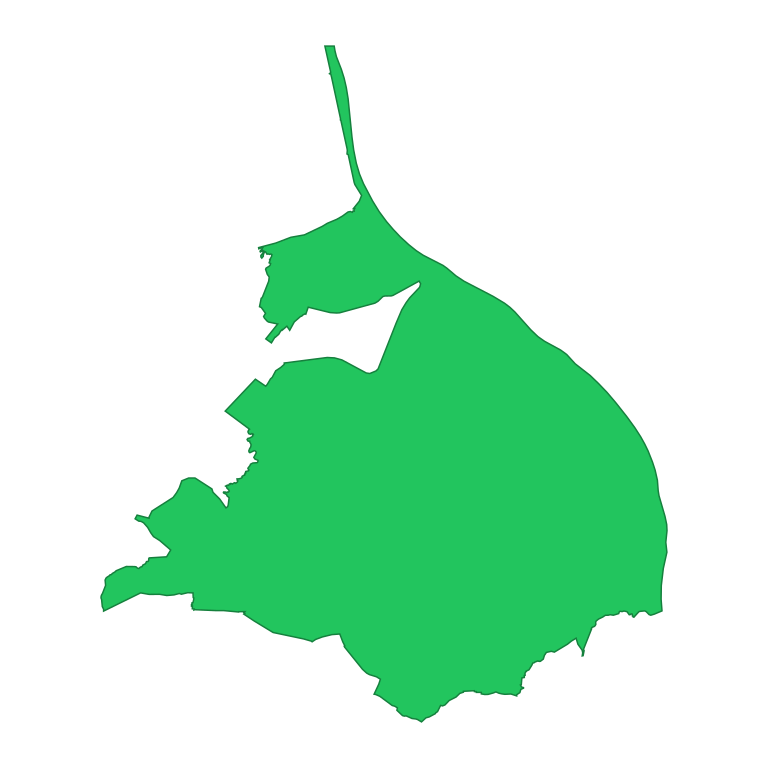 Distrito Especial, Industrial Y Portuario De Barr*, Atlántico, Colombia
{"feature_id": "7082276B33268622823443", "entity_name": "Distrito Especial, Industrial Y Portuario De Barr*", "entity_type": "district", "adm_level": 2, "iso_a3": "COL", "parent_name": "Colombia", "parent_adm1": "Atlántico", "projection": "albers", "projection_center": [-74.833, 11.01], "detail": "fine", "context": "isolated", "style": "filled", "palette": "green", "viewbox_px": 768, "rotation_deg": 0, "n_neighbors": 0, "source": "geoboundaries", "source_scale": "gbopen_adm2", "svg_char_len": 6118}
<svg xmlns="http://www.w3.org/2000/svg" viewBox="0 0 768 768"><path d="M662.0,610.9L661.1,599.1L661.3,585.6L663.3,568.5L666.9,552.2L665.8,542.3L667.0,530.7L666.7,524.5L665.0,516.4L659.0,495.7L658.2,490.8L657.4,480.2L655.1,470.1L652.5,462.1L648.1,451.0L644.7,444.0L640.7,436.8L634.9,427.8L626.7,416.5L615.6,402.5L607.1,392.5L598.6,383.6L590.2,375.5L575.2,363.8L566.7,354.5L560.7,350.1L544.6,341.3L537.9,336.6L530.7,329.7L514.8,311.9L510.0,307.4L504.5,303.2L493.2,296.4L464.0,281.2L456.0,275.9L446.9,268.2L443.0,265.4L423.3,255.3L416.3,250.7L408.8,244.7L400.3,236.9L393.3,229.5L386.6,221.7L379.2,211.7L372.6,201.0L363.5,183.7L359.5,174.0L356.3,163.2L353.7,150.1L352.0,137.3L348.1,98.7L346.3,87.6L344.1,78.1L341.4,69.5L336.4,56.6L335.0,50.9L334.2,46.1L324.9,46.1L330.7,72.3L330.5,72.9L328.9,73.9L330.2,73.7L330.8,74.2L331.6,77.3L340.5,118.6L340.4,120.0L340.9,120.4L347.1,148.9L347.3,150.5L347.0,154.0L348.2,154.6L354.2,182.6L354.9,184.6L361.6,195.4L359.3,201.2L353.4,208.6L354.7,208.6L354.0,209.8L354.2,211.1L353.0,211.1L352.3,212.3L350.3,211.5L348.0,212.0L342.4,216.1L336.6,219.4L327.3,223.3L322.2,226.4L304.3,234.9L290.8,237.3L275.6,243.1L258.6,247.6L258.8,248.8L261.6,247.7L262.9,247.5L262.0,248.8L262.0,249.6L261.2,249.8L260.1,251.1L260.1,251.7L260.6,252.0L262.6,250.3L263.9,251.1L262.9,251.8L263.1,252.8L260.9,255.4L260.9,257.0L261.8,258.1L263.3,256.3L263.3,255.0L264.4,252.0L265.6,251.9L267.0,254.2L268.1,253.9L269.5,254.4L270.9,254.0L271.9,254.6L271.5,256.7L269.7,259.7L270.2,259.9L269.1,262.8L270.6,263.5L270.2,265.1L269.2,266.2L266.1,268.1L265.6,269.3L267.3,274.4L269.2,277.0L268.7,281.2L262.6,296.7L261.9,297.9L261.2,298.3L259.5,306.7L261.3,307.5L265.5,313.3L263.6,316.5L264.5,318.2L267.1,321.1L268.4,322.0L277.7,324.0L265.8,338.9L271.4,342.9L274.9,337.2L275.3,337.3L278.8,334.2L280.4,331.4L282.1,329.7L282.3,330.1L286.9,326.2L289.7,330.3L294.3,321.9L300.5,316.5L301.8,316.1L302.7,315.1L305.1,313.8L305.8,314.2L308.2,307.2L330.2,312.6L336.6,313.0L339.7,312.8L375.0,303.1L378.0,301.3L382.8,296.6L384.8,296.0L391.2,295.9L393.0,295.4L419.1,281.1L420.6,283.7L419.9,286.5L419.5,287.4L409.7,297.8L406.1,302.7L401.8,309.8L396.1,323.2L378.1,368.9L375.9,371.0L369.8,373.5L366.3,373.0L341.9,359.9L334.6,357.9L327.2,357.5L284.2,363.0L284.3,364.2L284.0,364.6L280.7,367.5L275.7,370.8L272.2,377.4L270.5,378.9L267.2,384.5L265.7,386.2L255.4,379.2L225.2,411.1L249.5,429.2L248.7,429.9L248.0,431.4L248.0,432.1L248.8,433.7L250.4,434.3L251.9,433.5L253.3,434.2L253.4,434.5L252.5,434.9L252.8,435.9L252.1,436.7L249.1,438.3L248.1,438.3L247.1,439.4L247.7,440.8L248.3,441.2L249.7,441.2L249.7,441.9L251.1,444.6L250.7,447.0L249.6,448.7L248.8,450.9L249.1,452.1L249.9,452.7L254.1,450.7L255.2,450.9L256.2,452.1L256.1,453.2L253.8,457.4L255.0,459.1L257.8,460.2L258.1,460.7L257.7,462.1L257.1,462.7L252.8,463.0L250.5,464.2L250.0,465.5L248.1,467.9L247.9,468.7L248.9,469.8L248.5,470.8L245.7,471.5L245.8,472.8L245.3,472.8L245.2,473.8L244.7,474.0L244.6,475.2L243.8,475.3L242.0,476.4L242.1,477.5L241.6,478.0L239.1,478.8L237.0,478.9L237.3,480.6L237.9,480.9L237.4,482.1L235.6,483.3L234.8,482.7L234.1,482.9L232.2,484.1L231.6,483.6L230.6,483.5L230.3,484.1L229.9,483.8L229.3,484.1L228.6,485.3L227.4,485.1L225.6,486.1L226.7,486.9L226.9,488.1L228.4,489.5L229.3,491.0L228.5,492.1L227.8,491.9L227.3,492.5L225.2,492.0L223.6,492.0L223.4,492.5L223.6,493.0L226.4,494.4L227.2,496.1L229.1,497.6L228.2,505.0L227.7,506.6L226.2,507.7L226.3,508.4L219.7,499.0L213.0,492.3L211.9,488.9L195.0,478.0L188.7,478.0L181.8,480.8L179.2,488.1L176.6,492.7L173.1,497.5L152.0,511.0L149.0,517.2L149.0,518.2L137.1,515.1L135.1,518.8L138.7,521.1L141.1,521.4L143.6,522.8L147.6,527.3L150.9,533.0L153.5,536.6L159.8,540.6L170.7,550.0L166.6,556.8L149.2,557.9L148.7,558.8L148.7,560.2L148.2,561.4L146.5,561.6L145.5,563.7L142.8,565.1L142.1,566.6L140.4,567.1L138.9,568.5L137.5,568.2L136.0,566.8L134.6,566.6L126.3,566.5L116.2,570.7L114.7,572.1L112.4,573.4L111.3,574.6L110.1,574.8L109.2,575.8L107.0,577.2L106.0,578.1L105.1,580.1L105.6,585.4L102.5,593.4L101.4,595.3L101.0,597.1L101.2,598.7L101.6,599.4L102.3,606.6L103.6,609.2L103.6,611.1L140.6,592.9L149.2,594.4L159.6,594.3L166.8,595.5L174.0,594.9L179.3,593.5L181.4,594.2L187.7,592.7L193.0,592.9L193.2,597.6L193.7,597.7L193.8,598.9L193.0,602.6L192.1,602.7L191.9,603.2L192.1,604.4L191.5,604.6L191.5,606.1L192.4,606.0L192.3,608.8L194.2,609.0L194.0,610.0L194.8,609.7L216.3,610.6L223.8,610.6L238.6,612.0L238.7,611.7L244.9,611.6L243.9,612.7L244.8,613.3L243.8,614.1L254.2,621.0L273.1,632.5L303.5,638.9L311.2,641.1L312.1,641.8L315.7,639.4L322.5,636.9L331.9,634.6L339.8,634.0L342.8,641.9L344.8,645.8L344.2,646.2L344.6,647.1L362.5,669.3L366.7,673.1L369.4,674.6L376.5,676.8L380.4,679.2L378.8,684.1L374.1,694.2L375.7,694.5L379.8,696.3L392.2,705.5L394.7,706.2L397.4,707.8L396.9,710.3L402.5,715.6L404.3,716.1L406.2,715.9L412.0,718.5L415.9,719.0L417.5,719.5L421.5,721.9L426.0,717.8L429.3,716.9L435.4,713.6L435.8,712.7L437.5,711.7L440.6,705.4L442.6,705.9L445.0,704.9L449.2,700.5L456.1,697.0L459.8,693.4L463.4,692.2L463.4,691.3L474.3,690.7L474.4,691.6L476.3,691.6L476.3,692.4L481.3,692.4L481.3,693.9L484.8,694.5L488.1,694.4L493.5,692.9L495.9,691.9L498.9,693.2L501.9,693.9L504.9,694.3L510.9,694.0L516.7,695.9L516.7,694.7L519.9,692.6L520.8,689.4L523.5,688.2L523.5,687.6L521.5,687.0L520.4,685.0L521.3,684.7L521.9,677.9L524.3,677.5L524.3,675.5L525.1,675.3L525.0,673.4L525.5,672.1L526.2,671.6L526.1,671.2L529.0,669.8L531.9,665.1L532.7,663.1L534.0,662.8L534.9,662.1L537.7,661.0L539.4,661.4L540.4,661.3L543.3,659.1L544.4,655.4L546.4,652.4L551.3,651.3L554.4,652.1L567.5,644.2L571.5,641.0L576.1,638.2L577.9,644.2L582.2,650.3L582.7,652.9L582.2,655.9L583.1,655.7L584.1,650.6L583.5,649.3L591.5,629.1L591.2,629.0L591.8,627.5L594.4,626.4L595.1,625.7L595.8,624.5L595.7,621.9L596.2,621.0L598.5,619.1L602.8,617.0L605.3,615.3L608.4,615.2L610.1,614.7L613.4,615.2L618.7,613.6L619.3,611.8L620.0,611.3L622.1,611.6L624.0,611.0L627.0,611.7L629.2,614.7L630.1,614.7L631.1,613.9L632.2,614.1L632.4,616.0L633.0,616.1L633.1,616.9L633.9,617.2L638.8,611.8L639.8,611.4L644.7,610.9L646.3,611.7L649.1,614.6L650.8,615.2L654.4,614.1L662.0,610.9Z" fill="#22c55e" stroke="#15803d" stroke-width="1.5"/></svg>